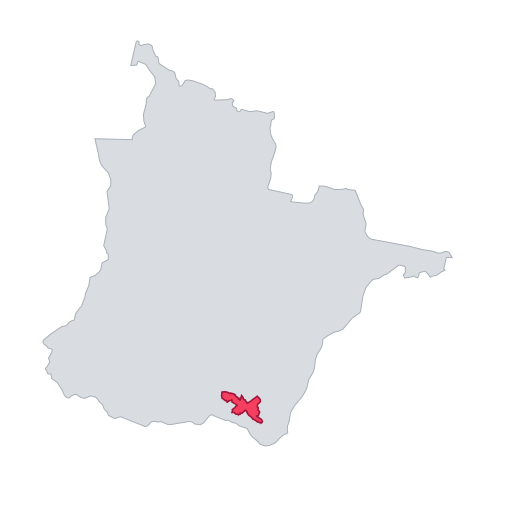 Businga, Équateur, Democratic Republic of the Congo shown in context, rotated 191°
{"feature_id": "63176286B10859728267394", "entity_name": "Businga", "entity_type": "district", "adm_level": 2, "iso_a3": "COD", "parent_name": "Democratic Republic of the Congo", "parent_adm1": "Équateur", "projection": "orthographic", "projection_center": [21.02, 3.443], "detail": "fine", "context": "in_parent", "style": "filled", "palette": "rose", "viewbox_px": 512, "rotation_deg": 191, "n_neighbors": 0, "source": "geoboundaries", "source_scale": "gbopen_adm2", "svg_char_len": 8551}
<svg xmlns="http://www.w3.org/2000/svg" viewBox="0 0 512 512"><g transform="rotate(191 256 256)"><path d="M436.5,340.4L399.4,346.6L400.1,348.7L399.7,350.9L398.7,352.6L394.9,357.2L389.2,361.4L389.1,362.4L391.8,367.0L393.5,373.4L392.8,384.6L393.4,387.6L393.3,390.0L391.3,392.6L387.3,406.1L389.6,412.6L396.7,418.6L400.7,423.0L407.9,424.6L409.0,424.3L409.6,420.6L415.3,419.1L414.5,442.9L414.0,444.2L413.0,444.5L411.6,443.8L411.3,441.5L409.8,440.5L402.8,443.5L401.0,443.5L399.1,443.0L397.7,441.8L397.4,440.0L392.7,433.1L390.3,432.6L387.8,426.4L376.9,421.9L372.7,421.6L370.6,420.2L368.5,415.3L364.9,412.2L364.2,408.7L363.4,408.2L361.2,408.9L359.1,414.5L356.6,415.8L352.1,416.0L340.8,414.4L332.8,411.6L330.6,411.8L327.4,409.2L326.2,404.9L327.0,401.6L326.4,401.1L313.9,404.0L310.9,405.7L308.1,405.2L307.3,404.3L308.5,402.1L308.0,399.6L307.1,398.4L303.4,397.5L302.3,394.9L300.0,394.5L299.3,394.9L298.7,396.7L297.4,397.3L290.0,396.5L282.2,398.8L271.9,398.2L267.0,401.0L266.2,401.0L265.2,399.5L264.2,395.0L264.8,393.8L266.3,392.9L266.8,391.0L266.4,386.3L266.8,385.2L266.2,382.5L264.7,378.1L262.5,374.6L257.9,369.3L257.0,366.8L257.4,360.8L258.9,351.4L258.7,344.3L256.8,339.8L256.4,334.8L257.7,325.9L256.5,323.8L232.7,323.1L231.7,322.4L231.3,321.2L232.4,315.9L217.9,317.2L213.6,318.2L210.9,320.4L210.0,323.1L209.9,327.0L207.8,330.6L207.2,336.8L203.2,337.5L199.2,337.5L191.5,336.2L184.0,337.9L180.3,339.6L178.4,338.8L171.7,339.4L170.8,338.9L163.0,326.6L159.5,322.5L158.9,320.5L159.1,318.6L158.2,316.0L154.5,309.7L153.8,306.7L154.0,302.1L153.5,300.5L150.3,296.5L148.1,295.2L145.8,294.5L107.1,294.8L94.3,294.0L85.0,294.4L80.3,294.1L79.0,293.5L74.8,294.3L72.6,295.9L69.3,296.8L67.2,296.4L63.1,291.8L68.6,291.0L68.9,290.6L69.2,279.5L67.7,278.0L70.6,276.1L75.2,271.3L79.8,269.6L80.4,268.6L81.4,268.7L83.1,270.7L87.0,273.4L91.9,271.1L92.4,270.5L93.0,265.7L94.3,265.3L96.4,266.4L97.6,266.4L99.7,265.0L105.9,262.7L107.8,265.7L106.1,268.5L106.9,270.4L107.1,273.4L108.1,274.1L113.1,274.5L114.5,273.8L124.3,263.0L126.9,261.7L131.0,257.4L136.5,255.5L138.9,252.1L142.0,246.0L143.4,237.2L142.8,222.0L143.3,220.0L149.9,213.1L156.8,200.7L161.4,197.4L164.9,196.1L170.2,191.6L174.5,187.0L173.9,181.5L174.9,176.9L177.2,171.1L178.0,164.9L177.2,158.4L177.6,153.1L180.7,144.6L181.0,134.9L183.9,126.7L189.6,116.3L192.3,108.6L191.8,100.9L192.6,95.3L192.3,92.0L191.2,89.1L191.8,87.3L193.9,86.6L196.6,83.7L201.4,76.2L206.6,72.6L210.2,71.4L214.0,71.6L216.4,72.2L220.4,75.2L224.9,77.5L228.3,80.5L231.7,85.0L239.8,86.0L243.2,87.7L245.3,88.3L246.1,87.9L247.8,88.1L251.6,89.5L254.6,88.7L269.6,91.7L271.3,90.2L275.4,82.4L278.5,79.7L283.6,79.4L287.6,80.9L289.8,80.9L308.0,74.1L310.4,73.7L317.1,75.3L321.4,74.2L323.2,74.6L326.9,73.4L329.9,68.6L332.4,67.5L358.7,72.4L362.7,69.9L364.6,69.6L370.4,71.4L372.2,74.3L375.7,76.7L378.3,80.8L382.2,83.1L384.2,85.3L386.5,86.8L391.2,87.3L397.2,83.5L401.5,83.9L405.8,85.8L407.3,85.7L410.5,83.5L412.1,81.2L413.8,80.7L416.3,81.7L418.4,83.8L420.3,86.9L426.9,93.9L433.2,96.8L434.8,101.1L437.1,100.7L438.2,101.1L439.9,103.8L441.0,104.3L441.3,105.5L439.7,108.0L438.3,113.0L440.2,116.0L438.7,120.4L437.9,124.9L439.9,126.0L442.6,125.9L445.0,128.3L446.9,128.6L448.9,131.1L448.4,133.2L442.3,140.6L433.0,149.8L429.8,150.9L428.2,152.6L427.0,155.2L424.3,157.5L422.2,158.4L422.1,164.9L418.9,171.7L417.7,173.1L416.0,184.1L416.3,186.0L414.5,195.0L414.8,203.4L410.3,206.1L407.1,210.2L405.8,213.1L405.8,219.9L400.6,224.1L400.2,225.0L401.5,229.8L403.3,230.5L403.4,232.1L407.5,237.2L407.1,253.0L407.3,254.6L409.5,258.3L410.9,265.4L409.1,274.5L414.6,291.1L412.0,297.2L413.1,303.0L416.4,309.0L424.2,314.9L426.3,317.4L428.2,320.7L430.0,325.8L436.5,340.4Z" fill="#d9dde1" stroke="#a8b0b8" stroke-width="1"/><path d="M218.7,93.3L218.6,93.5L218.4,93.6L218.3,94.1L218.1,94.5L218.0,94.8L218.1,95.0L219.0,96.1L219.9,96.8L220.2,97.0L220.8,97.1L221.5,97.5L222.4,97.7L222.5,97.8L222.6,98.0L222.8,98.0L223.1,98.2L223.3,98.3L223.7,98.3L224.3,98.5L224.7,98.9L224.8,99.1L224.2,99.3L223.2,99.9L223.1,100.3L223.1,100.6L223.1,100.8L223.0,101.1L223.0,101.5L223.4,101.8L222.9,102.7L222.6,102.9L222.6,103.3L222.7,103.6L222.9,103.9L223.1,104.2L224.0,104.8L224.6,105.1L224.8,105.4L224.8,105.5L224.8,105.8L224.6,106.5L224.6,107.0L224.8,107.2L224.9,107.6L225.4,107.9L225.9,108.3L226.0,108.6L226.1,108.8L226.0,109.5L226.1,110.0L226.1,110.8L226.1,111.0L225.4,111.6L225.0,112.0L224.9,112.1L224.8,112.4L224.3,113.1L223.9,113.9L223.9,114.1L223.9,114.3L224.0,114.4L224.0,114.6L224.3,115.0L224.5,115.3L224.6,115.7L224.5,115.8L224.8,116.3L225.0,116.5L225.6,116.9L225.9,117.2L226.9,117.9L227.2,118.1L227.9,118.4L228.1,118.6L228.3,118.4L228.7,117.9L230.2,116.2L231.5,114.9L232.4,113.9L233.1,112.9L233.5,112.5L234.6,111.5L235.2,111.0L235.4,110.8L235.6,110.6L235.9,110.5L235.9,110.2L236.0,110.1L236.3,110.0L236.5,109.8L236.8,110.0L237.0,110.3L237.1,110.7L237.4,110.9L237.6,111.2L238.3,111.4L238.4,111.5L238.5,111.7L238.6,111.8L238.8,112.3L239.1,112.6L239.3,112.8L239.5,112.9L240.0,112.6L241.3,113.5L241.5,113.7L241.5,113.9L241.5,114.5L243.3,116.2L243.6,116.4L243.8,114.1L243.8,113.4L244.0,112.9L244.0,112.0L244.1,111.5L244.4,111.5L244.4,111.8L244.6,111.9L244.9,111.9L245.0,112.0L245.2,112.4L245.6,112.4L245.6,112.5L245.7,112.4L245.8,112.4L245.8,112.6L246.0,112.7L246.2,112.8L246.2,113.0L246.4,113.0L246.6,113.2L246.7,113.4L246.8,113.4L247.0,113.4L247.0,113.5L247.3,113.7L247.5,113.7L247.5,113.9L247.7,114.0L247.8,113.9L247.9,114.0L248.0,114.1L248.2,114.3L248.7,114.4L248.8,114.4L249.0,114.6L249.5,114.8L249.5,115.0L249.8,115.4L249.8,115.5L250.0,115.5L250.3,115.9L250.5,115.8L250.8,116.1L251.1,116.1L251.3,116.3L251.5,116.3L252.0,116.4L252.3,116.3L252.5,116.5L253.0,116.5L253.3,116.5L253.5,116.5L253.6,116.4L253.8,116.4L254.0,116.3L254.4,116.5L254.4,116.4L254.6,116.5L254.7,116.4L254.9,116.4L255.0,116.3L255.4,116.4L255.8,116.2L256.6,116.3L257.2,116.6L257.3,116.6L257.5,116.7L257.8,116.7L257.9,116.8L258.1,116.8L258.4,116.9L258.8,116.8L259.0,116.9L259.3,116.8L259.8,116.9L260.1,116.9L260.3,116.7L260.6,116.8L260.8,116.7L260.9,116.8L261.1,116.8L261.6,116.6L261.8,116.5L261.9,116.4L262.1,116.4L262.4,116.2L262.6,116.2L262.8,116.2L263.2,116.0L263.4,116.0L263.4,115.3L263.4,115.1L263.3,114.8L263.2,114.5L263.3,114.1L263.2,113.8L263.2,113.1L263.2,112.8L263.1,112.5L263.1,112.2L262.9,111.7L262.7,111.1L262.3,110.5L262.1,110.2L262.1,109.8L261.9,109.7L261.7,109.6L261.3,109.7L261.1,109.6L260.9,109.5L260.4,109.3L260.3,109.2L260.0,108.9L259.9,108.8L259.6,108.8L259.3,108.7L258.8,108.2L258.6,108.1L258.4,108.1L258.1,108.2L257.7,108.4L257.5,108.5L257.4,108.5L257.2,108.3L257.0,107.9L256.7,107.1L256.4,107.0L256.1,107.0L255.3,108.3L255.2,108.5L254.9,108.6L254.4,108.7L254.2,108.8L253.9,109.1L253.6,109.3L253.1,109.5L252.6,110.0L252.4,110.1L252.1,109.3L251.9,109.0L251.8,108.3L251.8,108.2L251.6,108.0L250.2,107.5L248.0,106.8L246.5,106.1L246.1,105.9L246.1,105.7L245.9,105.5L245.9,105.4L246.0,105.3L246.4,105.5L246.5,105.5L246.8,105.3L247.0,104.7L247.4,104.1L247.5,103.4L247.9,103.1L248.2,102.6L248.4,102.5L249.2,101.7L249.4,101.5L249.5,101.3L249.7,100.8L250.0,100.5L249.8,100.2L249.7,99.8L249.7,99.4L249.6,99.0L249.4,98.8L249.4,98.5L249.5,98.1L250.0,97.8L250.2,97.6L250.3,97.5L248.9,98.0L248.0,98.1L247.4,98.2L247.0,97.7L246.8,97.7L246.6,97.6L246.4,97.4L245.7,96.9L245.1,97.0L244.1,97.1L243.9,97.3L243.7,97.2L243.4,97.2L243.0,97.2L242.7,97.1L242.7,96.9L242.5,97.1L242.3,97.2L242.0,97.3L241.9,97.3L241.7,97.5L241.4,97.6L241.4,97.8L241.4,98.0L241.2,98.1L240.9,98.6L241.1,98.8L240.8,98.8L240.7,98.7L240.5,98.8L240.4,98.7L240.1,98.9L240.0,99.0L239.9,99.2L239.8,99.3L239.6,99.2L239.5,99.3L239.3,99.4L239.1,99.8L239.1,100.0L238.9,100.1L238.7,100.6L238.6,100.8L238.3,101.0L238.2,101.0L237.9,101.1L237.9,101.3L238.0,101.4L237.9,101.6L237.6,101.8L237.4,101.8L237.3,102.1L237.0,102.3L237.2,102.5L237.0,102.8L236.8,102.9L236.5,102.7L236.3,102.6L236.2,102.5L236.1,102.2L235.9,102.0L235.8,101.9L235.3,101.6L234.9,101.3L235.0,101.0L235.0,100.6L235.0,100.4L234.6,100.3L234.4,100.2L234.2,99.9L234.0,99.6L233.8,99.3L233.7,99.2L233.5,98.9L233.1,98.7L232.8,98.4L232.6,98.2L232.1,97.9L231.8,97.8L231.4,97.8L230.9,97.5L230.7,97.4L230.5,97.2L230.4,97.2L229.9,97.0L229.4,96.5L229.0,96.2L228.8,96.2L228.3,95.7L228.1,95.4L227.9,95.4L227.7,95.1L227.3,95.3L226.9,95.1L226.4,95.1L226.1,94.9L225.9,94.7L225.6,94.6L225.2,94.6L225.0,94.4L224.6,94.3L224.4,94.2L223.6,93.8L223.0,93.3L222.8,93.4L222.6,93.4L222.5,93.5L222.5,93.8L222.4,93.8L222.2,93.7L221.9,93.5L221.5,93.4L221.0,93.1L220.9,93.1L220.4,93.0L220.2,93.1L219.8,93.2L219.7,93.3L219.6,93.2L219.2,93.2L219.0,93.3L218.8,93.3L218.8,93.2L218.7,93.3Z" fill="#f43f5e" stroke="#9f1239" stroke-width="1.5"/></g></svg>